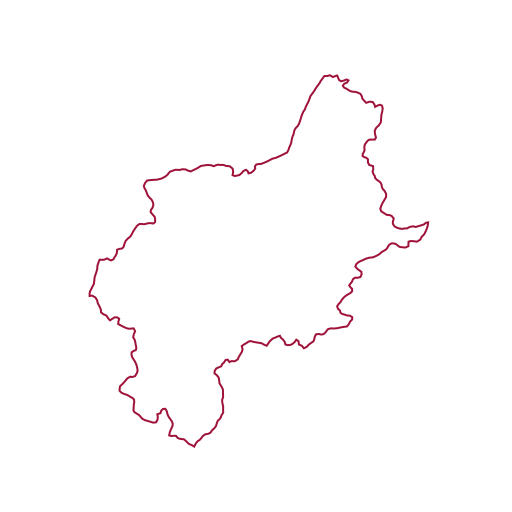 Jacinto, Minas Gerais, Brazil, rotated 236°
{"feature_id": "56859067B66910938619484", "entity_name": "Jacinto", "entity_type": "district", "adm_level": 2, "iso_a3": "BRA", "parent_name": "Brazil", "parent_adm1": "Minas Gerais", "projection": "orthographic", "projection_center": [-40.323, -16.195], "detail": "fine", "context": "isolated", "style": "outline", "palette": "rose", "viewbox_px": 512, "rotation_deg": 236, "n_neighbors": 0, "source": "geoboundaries", "source_scale": "gbopen_adm2", "svg_char_len": 6089}
<svg xmlns="http://www.w3.org/2000/svg" viewBox="0 0 512 512"><g transform="rotate(236 256 256)"><path d="M153.1,255.8L154.4,257.8L156.3,259.6L157.5,262.0L156.2,264.5L154.6,265.9L153.6,267.8L153.6,270.1L155.1,274.6L154.3,277.3L152.2,280.3L150.7,283.0L149.5,286.1L148.1,289.2L146.7,292.1L147.6,294.8L149.0,297.3L149.6,300.2L151.5,301.6L154.1,300.4L155.9,298.1L157.9,296.7L159.6,295.1L161.7,294.3L163.8,295.1L166.4,294.5L168.9,295.1L169.9,297.3L170.5,300.0L171.8,303.0L172.7,306.5L172.8,309.8L172.5,313.6L173.0,316.0L175.0,317.3L177.3,316.8L179.5,316.8L180.3,318.8L180.9,320.9L182.6,323.6L182.6,326.1L181.2,327.9L180.2,330.8L181.8,333.4L184.1,334.5L185.9,333.8L188.4,332.9L191.7,332.4L193.2,334.7L193.6,337.5L193.3,340.0L192.8,342.3L192.3,345.7L191.2,349.1L189.7,351.7L189.0,354.6L188.6,358.0L188.6,360.1L189.0,362.4L188.8,365.2L188.7,367.8L189.5,369.7L190.8,372.5L190.7,375.3L189.4,377.3L187.2,378.9L184.8,379.5L182.9,380.4L181.3,382.4L179.5,384.5L178.9,387.8L182.6,390.5L181.9,392.6L180.2,394.9L177.9,397.4L177.7,401.2L179.2,404.0L180.0,407.7L181.6,410.5L182.9,412.5L184.8,415.0L187.6,417.5L188.5,415.5L188.3,412.9L189.1,409.9L190.1,406.9L190.7,404.7L192.9,402.7L194.1,399.7L194.4,396.7L195.6,394.9L196.7,392.4L198.3,390.6L200.0,389.1L203.0,387.4L206.1,387.4L207.9,388.7L210.1,391.2L213.6,390.8L215.6,389.2L217.1,387.3L220.0,386.1L223.0,384.8L225.6,385.4L227.4,387.7L228.9,390.0L230.9,394.2L232.0,396.6L234.6,398.6L238.1,399.0L240.3,398.6L242.5,398.8L244.8,399.9L247.3,400.3L249.7,399.6L251.6,398.8L254.1,398.4L255.9,399.2L257.9,399.1L260.7,399.8L262.6,401.9L265.1,403.3L268.1,400.8L270.9,401.1L273.6,402.9L275.9,402.3L277.4,401.0L279.3,400.3L280.9,401.5L281.8,403.4L283.1,405.3L285.5,406.5L287.6,408.6L288.3,410.7L289.1,412.8L289.1,415.1L287.5,417.4L286.1,419.6L287.0,421.6L291.1,423.1L293.7,424.7L295.1,427.5L295.7,431.2L297.1,434.3L299.1,435.9L301.2,437.5L303.1,439.1L305.1,441.4L307.7,443.7L310.3,444.5L312.1,443.3L312.7,441.2L313.0,438.2L315.4,438.9L318.3,438.9L320.4,436.5L321.4,433.0L324.4,432.5L327.1,432.2L329.3,433.1L332.2,433.2L334.9,431.5L336.6,430.0L338.1,428.1L339.9,426.4L341.7,425.6L344.3,424.4L346.4,423.2L348.6,423.2L349.5,425.5L348.9,428.5L349.9,430.9L351.7,429.8L352.3,427.0L353.3,424.2L355.5,423.3L360.3,424.2L361.5,419.7L364.5,418.4L365.3,415.9L367.0,413.3L365.8,410.0L364.9,407.5L363.8,405.4L361.7,399.5L360.3,396.6L359.2,393.6L358.1,390.5L356.2,388.0L354.7,385.8L353.1,383.0L351.6,380.3L350.1,378.5L349.4,376.3L347.0,372.5L345.3,370.4L343.4,368.1L341.6,365.7L340.4,363.1L339.8,360.3L338.9,358.4L337.6,356.9L335.9,355.2L334.7,353.2L333.0,351.2L331.2,349.5L329.7,348.0L328.4,345.9L327.1,343.8L325.8,342.3L324.4,339.6L324.8,337.1L325.2,333.7L325.7,330.7L326.3,327.3L327.4,324.4L327.8,321.3L328.2,317.7L328.8,314.7L329.5,311.7L330.9,309.3L331.7,307.4L330.9,305.2L329.0,304.3L328.0,301.7L327.8,298.5L328.7,296.0L330.9,296.6L333.1,295.9L333.5,293.0L332.7,290.2L332.4,287.5L334.1,283.2L336.1,281.8L338.5,284.1L341.4,285.5L345.1,284.4L347.2,281.8L349.8,279.8L351.5,277.2L352.9,275.7L353.6,273.8L354.1,271.1L356.3,269.6L358.4,267.0L360.0,263.9L361.5,260.6L361.5,258.5L361.7,255.5L362.2,252.4L362.6,249.2L364.9,247.3L367.1,246.1L369.1,243.5L370.0,240.9L372.5,237.5L373.3,234.6L374.0,231.9L373.5,229.9L372.8,228.0L372.6,225.7L372.8,222.8L373.1,220.8L373.8,218.9L374.6,216.7L376.1,214.2L378.0,210.9L379.5,207.9L378.5,204.8L376.8,202.2L374.6,201.5L372.3,201.4L370.0,200.9L366.8,200.1L363.6,200.4L361.5,200.9L359.5,200.8L357.6,200.4L355.5,199.3L353.8,197.0L352.9,194.6L351.4,193.2L348.1,193.5L345.2,193.9L342.8,192.9L340.6,191.4L340.3,189.1L342.1,187.1L343.2,185.5L344.9,181.0L346.6,179.0L347.7,177.3L347.7,175.2L347.1,172.8L345.0,167.8L343.6,165.4L342.4,162.7L342.1,159.2L341.3,156.2L339.8,154.0L337.6,151.3L337.1,149.2L338.2,146.9L338.9,144.4L336.3,142.3L334.8,139.9L334.0,137.8L333.0,136.1L333.4,133.3L335.4,132.1L337.3,131.2L337.7,128.5L338.6,126.7L340.4,124.3L338.7,121.8L336.8,119.3L333.8,116.9L331.9,114.6L329.9,112.0L328.3,110.0L325.9,108.1L323.5,105.9L322.2,103.5L320.8,101.1L319.6,98.8L318.1,97.2L315.9,95.7L314.8,98.0L311.6,99.6L308.4,99.6L305.2,98.4L301.3,98.0L298.5,97.5L295.9,96.0L292.9,97.0L290.2,98.7L286.6,98.6L284.3,99.0L284.3,101.8L284.2,104.6L282.6,106.7L280.5,107.5L278.7,105.4L276.7,103.7L274.4,104.9L271.7,106.4L269.8,107.5L268.2,108.6L266.7,110.0L264.4,114.1L261.2,113.7L259.5,111.0L257.3,108.7L254.6,108.6L252.4,107.9L250.1,106.8L248.2,106.1L246.5,105.2L245.2,103.7L245.7,101.5L245.7,99.0L243.8,97.6L241.5,96.8L235.8,96.6L232.6,96.0L229.5,94.9L226.8,93.5L225.5,91.6L224.0,88.6L224.9,85.7L226.3,84.2L226.5,80.9L225.5,77.5L224.6,74.0L224.0,70.4L222.5,69.0L220.6,67.5L217.9,68.0L215.7,69.3L213.4,71.1L211.2,72.4L209.3,73.1L207.5,74.2L205.2,74.6L203.0,73.4L201.0,71.5L196.5,68.1L194.5,67.9L189.3,70.2L186.9,70.4L184.6,70.8L182.2,72.0L177.1,76.2L175.3,77.6L174.0,80.2L175.6,83.1L177.8,84.8L180.0,85.7L179.1,88.7L180.8,91.1L181.2,93.3L180.1,95.3L177.4,95.3L174.2,94.1L171.8,93.7L169.0,93.7L166.1,93.8L163.5,93.2L161.8,91.8L160.3,89.3L158.2,86.1L155.8,83.7L154.1,85.1L153.1,87.1L151.6,89.1L149.0,89.3L147.2,90.5L145.8,92.0L144.4,93.7L142.5,94.3L137.7,95.3L135.0,97.1L132.5,98.2L134.3,101.3L135.1,104.1L135.0,106.3L135.5,108.5L136.5,111.3L136.5,114.4L135.3,116.9L135.0,119.6L136.0,121.7L136.6,125.5L137.5,127.9L139.3,130.0L140.8,132.2L141.1,134.7L142.0,136.7L143.3,138.5L144.5,141.2L147.0,142.8L149.6,144.6L152.7,145.8L155.6,147.4L157.6,150.0L159.5,151.1L163.7,153.9L167.2,154.4L170.8,154.5L173.4,155.9L176.1,157.1L179.2,156.8L182.0,156.0L184.0,157.7L185.0,160.3L184.0,165.5L185.2,167.5L185.7,170.1L186.8,172.6L185.9,174.6L183.0,174.6L182.5,177.1L180.8,179.1L180.5,181.4L180.6,183.4L182.0,185.3L184.5,190.8L186.1,192.7L189.3,193.8L189.4,196.9L189.2,199.1L189.2,201.9L188.5,204.0L186.9,205.3L185.1,207.0L180.6,211.8L177.6,213.3L175.6,214.7L177.6,219.6L178.2,223.6L177.6,226.3L177.2,228.8L176.5,231.2L174.4,230.9L171.8,231.6L168.9,231.8L166.2,230.9L164.3,232.5L163.1,234.7L162.7,237.0L163.0,239.9L164.1,242.6L161.6,243.6L158.6,242.1L156.0,243.8L152.7,244.1L152.3,247.5L153.0,250.1L153.1,252.4L153.1,255.8Z" fill="none" stroke="#9f1239" stroke-width="2"/></g></svg>